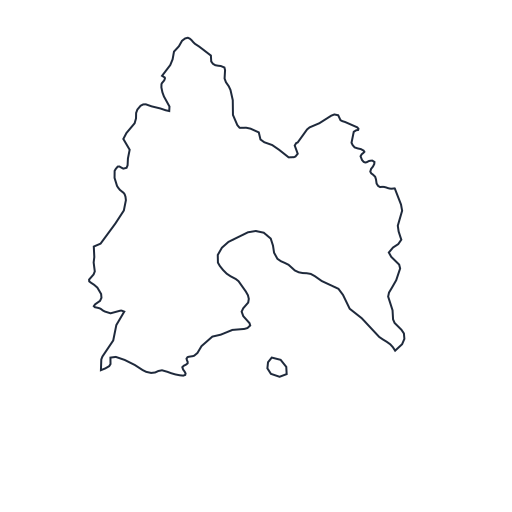 Pärnu, Albers equal-area conic projection, rotated 295°
{"feature_id": "EST-2346", "entity_name": "Pärnu", "entity_type": "County", "adm_level": 1, "iso_a3": "EST", "parent_name": "Estonia", "parent_adm1": "", "projection": "albers", "projection_center": [24.54, 58.305], "detail": "fine", "context": "isolated", "style": "outline", "palette": "slate", "viewbox_px": 512, "rotation_deg": 295, "n_neighbors": 0, "source": "natural_earth", "source_scale": "10m", "svg_char_len": 3586}
<svg xmlns="http://www.w3.org/2000/svg" viewBox="0 0 512 512"><g transform="rotate(295 256 256)"><path d="M375.9,353.2L363.9,365.7L358.8,369.3L343.4,371.7L338.5,374.9L334.3,378.8L332.2,380.8L326.9,379.9L321.6,376.6L315.3,374.9L312.4,378.9L308.7,389.4L305.6,391.9L293.3,393.3L284.9,392.6L279.1,392.0L275.1,392.9L264.5,402.7L256.5,407.0L253.9,409.9L250.6,419.0L248.3,422.8L243.6,425.5L237.8,425.7L229.0,422.1L231.2,418.6L232.7,415.0L233.5,410.7L234.0,406.2L234.7,401.9L244.3,378.1L247.8,363.2L257.5,351.3L261.1,344.6L261.1,326.2L262.6,317.8L262.9,313.2L261.8,309.2L260.3,305.6L259.3,301.6L259.3,297.3L261.8,289.2L261.9,285.0L261.8,280.8L262.5,276.6L266.6,271.0L272.6,267.0L278.0,262.0L280.4,253.2L278.5,245.1L274.1,238.7L257.2,225.1L249.1,221.6L240.8,220.9L233.9,224.3L231.7,227.4L229.4,232.0L227.6,236.9L226.9,241.4L226.6,247.4L225.8,250.8L219.5,261.8L217.0,265.3L214.1,267.6L210.5,268.6L203.2,266.5L199.5,266.5L196.1,269.9L192.4,278.5L190.6,280.1L187.1,278.7L185.0,276.3L179.0,265.8L169.8,257.3L164.5,250.5L151.3,244.7L143.3,243.9L139.5,242.1L138.5,241.0L136.3,237.7L135.4,236.7L133.6,236.4L132.3,237.5L131.2,238.8L129.8,239.4L128.0,238.5L126.0,236.9L124.1,236.2L122.3,237.9L121.1,240.1L119.8,241.8L118.3,242.1L116.8,240.6L115.7,237.4L114.6,233.0L113.9,228.5L113.6,224.7L112.7,219.1L110.5,216.1L107.8,213.8L105.7,210.4L104.6,205.4L104.7,201.5L106.0,192.2L106.3,180.9L105.3,171.6L102.4,167.0L96.6,169.8L94.1,169.5L90.4,166.9L87.0,163.7L96.9,159.5L100.0,159.3L119.1,162.3L134.4,158.6L149.9,160.1L149.7,157.2L149.1,156.1L142.6,148.4L141.8,142.5L141.9,140.3L142.4,138.1L142.5,136.6L142.3,135.2L142.0,133.7L141.5,131.6L142.0,130.2L144.2,130.6L149.4,133.6L152.8,133.6L156.1,131.7L160.3,125.6L161.5,121.4L162.0,117.9L162.5,115.6L164.1,114.7L170.6,116.6L173.9,116.4L181.5,111.6L186.7,109.9L196.0,105.0L201.5,109.9L225.9,114.8L241.4,117.0L251.6,114.5L254.5,112.7L256.4,110.9L257.2,109.5L258.4,104.7L259.7,102.1L260.8,100.4L267.0,94.8L273.4,91.9L275.7,92.1L278.6,92.9L279.4,94.4L279.2,96.7L279.1,98.8L281.2,101.4L283.9,101.3L290.3,98.7L298.9,96.6L306.0,86.3L312.7,86.6L325.0,89.9L330.0,89.1L335.0,86.9L338.6,86.6L343.4,87.9L345.7,89.7L346.9,92.0L347.5,98.1L349.3,107.0L349.9,112.5L350.7,116.1L354.9,114.4L361.7,105.1L364.8,102.0L368.8,99.0L371.8,97.7L373.0,97.7L376.4,98.6L378.5,98.4L379.2,97.9L379.6,94.7L392.8,97.6L399.0,97.3L406.6,95.3L413.5,97.5L419.8,98.0L423.2,99.8L425.0,102.0L425.0,104.2L424.4,106.3L423.3,108.7L422.5,111.0L421.8,115.9L418.6,130.4L413.4,133.2L412.0,135.7L411.7,138.4L412.4,141.1L413.3,143.8L413.5,147.7L411.4,149.4L403.6,152.5L400.8,155.3L398.3,159.6L395.7,162.7L387.4,169.1L374.1,175.5L366.7,183.8L365.3,186.9L365.7,188.0L368.1,192.9L369.1,197.2L369.2,206.3L363.5,210.8L362.6,215.4L363.4,223.8L362.0,232.1L359.2,243.9L361.6,248.6L362.8,249.7L366.3,250.6L372.5,244.4L375.3,244.7L376.5,245.8L392.3,248.8L395.2,250.2L403.1,257.3L415.0,264.9L417.4,267.2L418.3,271.0L414.8,275.2L414.7,277.2L415.1,280.1L415.4,293.4L414.6,295.1L413.4,295.3L412.3,293.7L409.9,292.1L399.0,294.7L397.3,296.8L396.1,299.5L396.5,302.8L397.2,305.8L397.0,309.0L396.2,310.2L394.7,309.7L392.9,308.8L390.6,308.6L387.8,311.5L386.8,313.8L386.9,315.5L387.8,316.7L389.8,318.2L390.6,319.3L391.6,321.0L391.3,323.6L389.4,324.3L386.5,324.2L383.6,323.5L380.8,323.9L379.6,325.5L379.2,327.6L378.2,330.5L376.1,332.4L372.6,334.7L371.1,337.1L370.9,339.3L372.0,341.1L372.7,342.8L373.1,344.8L373.3,347.0L373.7,348.9L374.3,350.5L375.9,353.1L375.9,353.2ZM156.5,328.4L155.5,319.3L159.0,313.8L164.8,311.8L170.6,313.2L172.3,322.2L168.3,330.3L161.9,333.7L156.5,328.4Z" fill="none" stroke="#1e293b" stroke-width="2"/></g></svg>